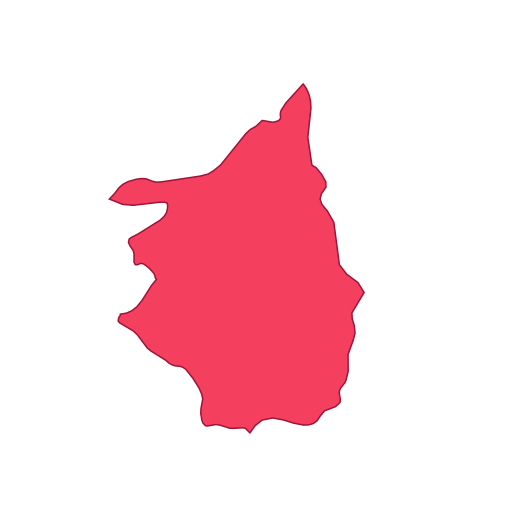 map outline of Mokhotlong (Robinson projection), rotated 35°
{"feature_id": "LSO-1213", "entity_name": "Mokhotlong", "entity_type": "District", "adm_level": 1, "iso_a3": "LSO", "parent_name": "Lesotho", "parent_adm1": "", "projection": "robinson", "projection_center": [28.96, -29.168], "detail": "fine", "context": "isolated", "style": "filled", "palette": "rose", "viewbox_px": 512, "rotation_deg": 35, "n_neighbors": 0, "source": "natural_earth", "source_scale": "10m", "svg_char_len": 1951}
<svg xmlns="http://www.w3.org/2000/svg" viewBox="0 0 512 512"><g transform="rotate(35 256 256)"><path d="M207.0,93.5L211.9,97.9L216.3,103.5L230.4,129.1L249.7,149.5L254.8,149.2L263.0,151.5L270.6,155.2L273.8,159.4L273.9,167.5L275.9,172.7L280.5,176.0L288.4,178.1L300.5,183.8L329.3,215.3L340.8,218.9L354.8,219.3L365.5,223.9L367.2,247.6L371.1,252.5L376.6,256.8L381.4,262.4L384.0,269.4L387.9,283.9L397.6,297.5L401.1,306.4L401.5,308.9L401.1,315.2L401.5,318.2L403.0,320.7L407.7,325.5L408.8,327.9L407.5,333.9L401.0,343.4L400.4,349.9L400.6,355.8L399.0,360.4L396.0,364.1L392.1,367.1L382.8,371.3L372.4,374.6L362.6,379.1L355.2,386.8L352.6,395.5L352.5,404.4L352.4,404.4L346.6,403.3L345.1,403.6L343.6,404.4L335.3,410.9L333.1,412.2L323.3,415.3L319.9,417.0L313.4,423.4L311.7,424.0L308.4,423.3L305.8,421.5L301.0,416.6L298.3,412.3L294.4,403.7L290.6,400.2L285.0,396.8L274.6,392.4L263.6,389.1L260.4,389.1L257.6,389.7L252.4,392.5L249.2,393.4L245.8,393.6L241.8,393.2L224.6,394.1L219.9,393.8L204.0,388.6L198.4,387.8L182.8,389.0L180.4,388.3L179.0,385.6L178.8,384.2L179.0,382.7L178.2,381.5L182.8,376.9L185.6,372.2L187.5,366.1L188.1,357.7L187.3,340.6L187.8,332.2L185.9,331.6L184.5,330.1L181.9,328.7L176.2,327.4L172.0,327.0L168.4,327.0L166.2,327.9L165.0,329.3L163.9,331.2L162.1,332.3L159.7,331.1L154.6,323.9L151.7,321.7L146.8,319.9L143.7,318.0L142.4,314.9L143.2,312.3L146.7,305.7L156.8,281.9L158.0,276.3L157.9,272.1L156.3,268.0L154.6,265.2L152.7,263.6L150.2,264.4L146.4,267.1L126.3,284.9L117.2,290.2L103.2,293.5L104.3,286.3L104.6,278.7L105.9,273.5L108.6,268.3L113.9,261.8L117.8,258.2L121.7,255.8L128.5,254.1L131.9,252.7L135.6,249.9L164.6,222.4L169.8,216.3L172.4,210.2L174.8,201.7L177.5,161.4L178.7,155.8L181.6,149.6L183.3,141.4L192.9,136.9L194.6,135.2L196.8,132.2L197.2,130.3L196.9,128.8L196.2,127.8L195.3,126.9L194.5,125.8L193.7,124.4L193.0,122.1L192.7,113.2L195.8,88.9L196.1,88.0L201.6,90.1L206.9,93.4L207.0,93.5Z" fill="#f43f5e" stroke="#9f1239" stroke-width="1.5"/></g></svg>